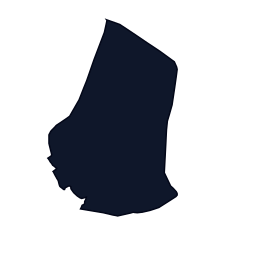 Nihm, Sana'a, Yemen (Mercator projection), rotated 22°
{"feature_id": "15242507B22089768415727", "entity_name": "Nihm", "entity_type": "district", "adm_level": 2, "iso_a3": "YEM", "parent_name": "Yemen", "parent_adm1": "Sana'a", "projection": "mercator", "projection_center": [44.482, 15.752], "detail": "fine", "context": "isolated", "style": "filled", "palette": "ink", "viewbox_px": 256, "rotation_deg": 22, "n_neighbors": 0, "source": "geoboundaries", "source_scale": "gbopen_adm2", "svg_char_len": 2330}
<svg xmlns="http://www.w3.org/2000/svg" viewBox="0 0 256 256"><g transform="rotate(22 128 128)"><path d="M74.8,196.4L75.4,196.7L76.7,197.9L78.6,199.5L79.9,200.5L80.2,200.8L81.1,201.5L82.6,202.6L83.0,202.9L83.9,204.1L84.0,204.3L84.6,205.1L85.4,206.2L85.8,206.7L86.8,207.7L87.2,207.8L87.7,208.0L88.5,208.2L89.1,208.4L89.3,208.4L91.3,209.1L92.2,208.8L92.2,207.9L92.2,206.9L95.0,203.6L95.8,203.7L96.9,203.8L97.9,205.7L98.0,205.8L99.7,206.9L101.9,208.3L105.6,209.7L106.4,210.0L109.7,210.7L111.4,210.7L115.3,207.8L115.4,208.4L115.6,209.6L115.6,210.4L115.5,211.0L115.4,211.8L115.4,212.2L115.5,212.9L115.8,213.4L116.0,213.8L116.0,214.2L115.9,215.0L115.5,215.8L114.9,216.3L114.5,216.7L114.4,217.6L114.5,218.9L114.3,220.8L136.8,215.8L138.7,215.5L138.8,215.5L139.4,215.4L143.1,214.8L145.3,214.5L146.1,214.4L149.9,213.6L151.3,213.4L162.0,206.0L164.3,204.2L164.6,204.1L165.6,203.9L167.3,203.4L168.5,203.0L172.9,200.6L179.2,196.2L182.9,193.1L186.4,190.1L194.6,178.6L198.1,173.6L198.7,171.7L198.4,171.1L198.0,170.2L196.6,169.0L192.5,167.0L189.2,165.8L184.3,161.3L178.4,155.9L168.3,126.6L166.5,121.5L164.4,115.4L161.9,106.8L161.3,100.4L160.2,90.1L156.1,73.0L156.0,72.6L153.6,62.9L152.6,59.0L151.6,55.2L150.2,53.2L147.3,50.4L146.2,49.3L134.3,46.3L129.1,45.0L114.0,41.9L113.9,41.9L100.1,38.9L81.6,35.1L67.6,35.7L68.2,36.1L69.0,40.5L70.3,48.2L70.9,77.1L71.3,85.2L71.4,87.1L72.0,99.7L72.0,107.3L72.1,118.0L72.1,120.7L71.9,121.7L69.6,138.4L69.5,139.0L66.5,143.7L64.6,146.5L64.3,147.0L60.7,152.2L60.3,153.1L60.0,154.1L58.6,157.5L58.4,157.9L57.6,160.1L57.5,162.1L57.4,162.2L57.3,164.0L60.5,171.9L60.6,172.0L61.4,173.2L62.2,174.3L67.2,181.2L67.3,182.6L65.7,185.0L65.0,186.0L65.6,186.3L65.9,186.5L66.1,186.7L66.4,186.8L66.7,187.0L67.0,187.2L67.2,187.4L67.3,187.5L67.6,187.6L67.8,187.9L67.9,188.0L68.1,188.1L68.4,188.3L68.6,188.5L68.8,188.6L69.0,188.7L69.2,188.8L69.3,188.8L69.6,189.0L69.8,189.1L70.1,189.3L70.4,189.5L70.6,189.6L70.9,189.8L71.3,190.1L71.5,190.3L71.8,190.5L72.1,190.7L72.4,190.8L72.7,190.8L73.0,190.9L73.5,191.0L73.8,191.1L74.0,191.2L74.3,191.3L74.7,191.4L75.0,191.5L75.6,191.7L75.9,191.7L76.2,191.8L76.5,191.9L77.0,192.0L77.0,192.5L76.9,192.8L76.7,193.0L76.5,193.3L76.5,193.6L76.6,193.8L76.3,194.0L76.1,194.2L75.9,194.5L75.6,195.1L75.4,195.4L75.2,195.7L74.9,196.2L74.8,196.4Z" fill="#0f172a" stroke="#020617" stroke-width="1.5"/></g></svg>